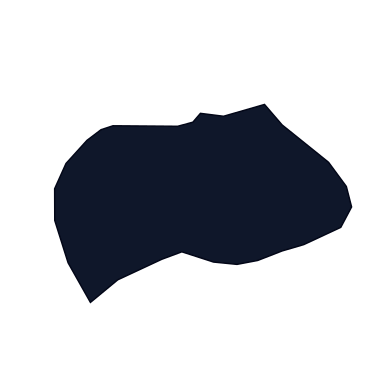 map outline of Inverclyde (Albers equal-area conic projection), rotated 335°
{"feature_id": "GBR-2005", "entity_name": "Inverclyde", "entity_type": "Unitary District", "adm_level": 1, "iso_a3": "GBR", "parent_name": "United Kingdom", "parent_adm1": "", "projection": "albers", "projection_center": [-4.735, 55.9], "detail": "fine", "context": "isolated", "style": "filled", "palette": "ink", "viewbox_px": 384, "rotation_deg": 335, "n_neighbors": 0, "source": "natural_earth", "source_scale": "10m", "svg_char_len": 533}
<svg xmlns="http://www.w3.org/2000/svg" viewBox="0 0 384 384"><g transform="rotate(335 192 192)"><path d="M53.3,249.1L49.8,203.8L55.6,159.8L68.9,131.0L89.9,112.9L118.7,100.8L135.9,97.1L148.4,98.6L206.8,126.4L222.3,129.1L232.9,124.3L252.6,136.7L294.7,143.3L302.0,169.3L314.7,195.1L328.3,222.8L334.2,252.2L330.3,273.0L311.9,286.9L293.5,286.9L271.1,286.9L248.8,283.5L222.6,281.8L202.2,276.6L181.8,264.5L179.7,262.5L157.5,241.9L136.2,240.2L87.6,240.2L55.3,248.6L53.3,249.1Z" fill="#0f172a" stroke="#020617" stroke-width="1.5"/></g></svg>